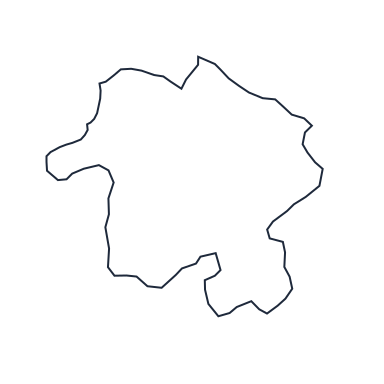 outline of Agios Ilias, Cyprus, rotated 254°
{"feature_id": "46923920B56788308456175", "entity_name": "Agios Ilias", "entity_type": "district", "adm_level": 2, "iso_a3": "CYP", "parent_name": "Cyprus", "parent_adm1": "", "projection": "natural_earth1", "projection_center": [33.937, 35.327], "detail": "fine", "context": "isolated", "style": "outline", "palette": "slate", "viewbox_px": 384, "rotation_deg": 254, "n_neighbors": 0, "source": "geoboundaries", "source_scale": "gbopen_adm2", "svg_char_len": 1265}
<svg xmlns="http://www.w3.org/2000/svg" viewBox="0 0 384 384"><g transform="rotate(254 192 192)"><path d="M321.8,133.0L314.7,132.1L307.1,129.5L301.8,126.7L293.9,122.5L289.2,118.1L286.7,113.6L286.0,109.8L280.4,108.8L276.3,104.7L273.1,99.6L272.2,90.6L272.2,84.3L271.6,77.3L269.4,67.1L266.5,62.0L260.9,60.4L252.4,58.5L240.4,66.4L238.8,74.9L242.7,81.9L244.2,94.4L243.5,109.9L235.8,117.7L222.7,119.3L208.9,109.9L193.5,106.0L182.0,99.0L160.5,96.7L142.9,90.5L132.9,94.4L129.8,106.0L126.0,115.4L113.7,123.2L108.3,136.4L116.7,153.5L121.3,161.3L122.1,176.1L127.5,182.3L126.7,197.9L109.1,197.9L105.2,190.9L103.7,180.0L94.5,177.6L79.9,176.9L65.3,183.1L65.3,194.8L69.1,203.3L70.7,218.9L60.7,224.3L54.5,230.6L59.1,243.0L63.7,252.4L71.4,261.7L83.7,262.5L94.5,260.1L108.3,264.8L119.0,265.6L126.0,253.9L135.2,253.9L141.3,261.7L147.5,278.1L152.1,286.6L155.9,299.9L162.8,316.2L178.2,324.0L186.6,318.5L198.1,313.9L207.4,311.5L218.1,317.0L222.7,325.5L231.9,320.1L238.9,309.2L248.1,303.7L258.1,297.5L262.7,285.8L271.9,274.2L281.1,266.4L291.1,258.6L301.8,253.1L308.7,249.3L320.3,235.2L312.6,232.9L301.8,217.3L294.2,210.3L304.1,201.8L311.0,196.3L314.9,187.8L322.6,176.9L327.2,167.5L329.5,157.4L325.6,148.8L321.8,139.5L321.8,133.0Z" fill="none" stroke="#1e293b" stroke-width="2"/></g></svg>